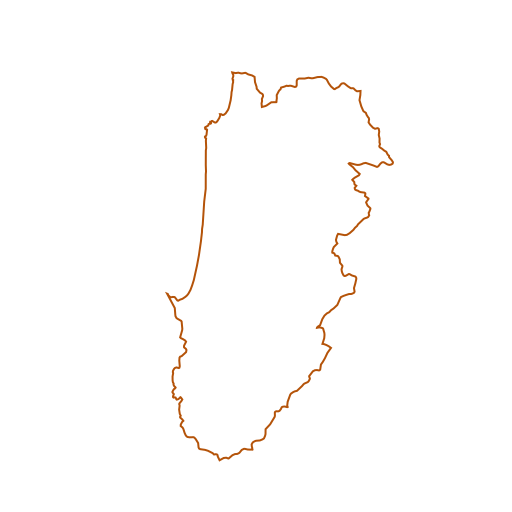 the district of Hoai Nhon, Bình Định, Vietnam, rotated 210°
{"feature_id": "81297802B87599740731463", "entity_name": "Hoai Nhon", "entity_type": "district", "adm_level": 2, "iso_a3": "VNM", "parent_name": "Vietnam", "parent_adm1": "Bình Định", "projection": "albers", "projection_center": [109.03, 14.515], "detail": "fine", "context": "isolated", "style": "outline", "palette": "amber", "viewbox_px": 512, "rotation_deg": 210, "n_neighbors": 0, "source": "geoboundaries", "source_scale": "gbopen_adm2", "svg_char_len": 6086}
<svg xmlns="http://www.w3.org/2000/svg" viewBox="0 0 512 512"><g transform="rotate(210 256 256)"><path d="M145.1,213.9L147.9,214.2L150.6,214.1L153.0,213.7L154.5,213.1L155.8,218.9L157.2,221.9L158.3,223.5L161.6,226.7L162.3,226.8L164.0,226.4L165.6,225.8L167.3,224.3L167.4,224.6L167.1,225.8L165.9,228.1L167.0,234.5L166.9,238.6L165.9,241.8L164.5,243.9L163.9,246.6L162.6,249.3L161.1,254.3L161.9,261.7L161.9,262.9L160.2,265.3L158.4,267.4L156.5,269.5L154.3,270.9L153.4,272.1L152.7,273.3L152.8,274.4L155.1,277.2L156.3,282.0L157.7,286.4L158.6,287.5L159.7,287.9L163.2,287.1L165.9,287.1L166.6,286.8L168.2,284.0L168.9,283.2L169.5,282.9L170.5,283.0L172.7,284.4L174.1,285.7L175.3,287.3L175.9,290.1L176.4,290.8L179.9,292.1L181.8,295.0L184.0,296.5L185.2,296.9L187.6,296.0L189.3,297.3L190.2,297.4L191.5,297.0L191.8,297.3L192.3,298.3L192.9,300.8L193.1,302.7L191.8,307.5L193.5,308.5L194.8,309.9L195.9,314.1L196.0,316.2L189.6,318.4L187.9,319.7L186.3,322.6L184.7,327.4L184.4,329.9L183.5,332.6L183.5,334.4L181.3,342.0L180.6,343.0L179.1,344.7L178.4,345.8L178.3,347.8L179.3,348.8L180.0,349.8L180.0,351.1L180.5,354.1L181.0,354.6L184.6,355.4L187.4,357.4L187.5,358.1L187.1,361.7L187.3,362.0L191.6,362.4L192.4,364.6L192.8,365.0L193.8,365.1L197.4,363.6L198.8,363.4L200.4,363.5L202.1,363.1L203.3,363.1L203.9,363.5L204.6,364.3L204.2,367.0L205.9,367.2L206.7,367.5L207.9,369.2L210.7,370.1L210.5,371.0L209.7,373.1L207.2,377.4L207.2,378.9L212.7,380.0L216.4,381.4L221.0,382.1L221.9,382.4L221.7,383.0L221.3,383.4L215.2,385.0L213.5,385.7L212.0,386.7L210.5,388.3L209.3,390.0L207.5,391.5L199.5,393.1L195.9,393.6L195.4,394.0L194.9,395.1L194.4,398.3L193.6,400.2L192.6,400.9L191.6,401.1L188.2,401.0L186.5,401.4L185.7,401.8L184.6,402.9L183.9,404.2L184.0,405.0L184.3,405.7L186.3,406.8L189.8,408.0L190.3,408.3L190.9,409.3L192.6,409.6L195.3,411.4L197.6,411.4L200.5,411.9L203.0,412.0L203.7,412.3L204.2,412.8L204.5,414.9L205.8,416.0L207.7,419.5L210.2,422.2L211.5,425.4L213.3,427.5L214.2,427.6L214.8,427.4L216.5,425.7L218.8,425.6L222.9,426.8L225.3,428.0L226.4,430.9L227.3,431.9L228.5,432.3L230.9,433.6L232.4,434.9L235.2,435.1L235.8,435.4L239.6,438.2L244.3,442.7L246.1,447.5L248.0,451.2L250.8,449.2L252.6,449.2L255.2,449.9L255.9,449.8L257.2,449.0L258.0,448.7L261.3,448.9L265.6,449.6L266.5,449.4L267.8,448.4L268.3,447.3L268.7,444.4L269.1,443.4L270.4,441.6L271.2,439.9L271.9,439.6L275.7,440.3L279.2,441.8L282.7,444.0L284.0,444.4L286.7,444.3L288.8,443.9L292.2,441.7L295.5,438.5L296.7,437.7L299.7,436.6L302.6,434.0L307.5,431.2L308.5,429.6L308.3,428.0L306.1,424.2L305.9,422.9L306.8,421.8L310.5,421.0L311.7,420.5L313.3,419.2L314.6,418.8L316.1,416.9L318.5,414.4L318.1,412.5L318.5,411.6L318.7,410.2L318.5,405.7L316.8,403.0L315.8,400.5L315.3,399.7L315.3,399.4L319.6,396.8L322.0,391.8L322.8,390.6L325.4,388.0L327.5,390.9L328.2,393.2L329.4,394.9L329.8,397.9L330.1,398.4L330.7,399.1L331.5,399.5L334.2,399.5L339.0,401.2L340.1,402.8L343.8,406.1L346.8,410.4L349.7,410.4L353.5,409.4L356.5,409.4L357.0,409.2L359.3,407.2L360.2,406.7L363.0,405.9L365.1,404.2L368.4,403.1L367.7,402.4L366.2,401.5L365.5,400.2L365.0,397.7L364.7,397.4L363.7,397.0L363.7,396.3L363.3,396.0L362.7,395.1L362.2,393.2L359.7,387.7L359.1,385.7L357.7,382.8L355.8,378.1L353.6,370.7L353.3,368.4L353.6,364.3L354.5,362.1L355.4,361.4L357.1,361.4L358.1,360.8L357.5,360.3L357.2,359.5L356.8,357.2L356.9,353.6L357.2,352.0L357.8,351.3L358.5,351.0L361.4,351.1L361.8,350.8L362.1,349.8L362.8,349.4L362.7,349.0L361.4,348.7L361.3,348.4L361.5,347.8L362.5,347.2L363.0,346.5L362.6,345.1L363.5,343.6L363.6,343.1L364.3,342.5L364.3,341.5L363.3,340.6L362.6,340.7L362.2,341.1L361.5,340.9L359.5,336.3L359.3,335.1L359.9,334.0L359.8,333.6L359.2,333.0L358.0,332.9L357.0,330.7L353.1,324.6L352.2,322.3L345.0,309.7L341.5,304.1L340.4,301.7L333.1,289.0L328.1,277.3L317.8,256.5L316.2,252.4L314.7,249.6L311.0,241.1L305.8,228.1L302.2,217.9L297.8,204.0L296.6,198.6L295.8,193.9L295.7,189.6L296.0,187.5L296.7,185.4L298.3,182.1L299.9,180.3L301.1,178.3L302.0,178.2L305.6,179.7L306.3,179.6L307.7,178.9L308.5,178.1L309.7,177.5L312.3,178.1L313.4,179.0L314.1,178.9L300.3,170.3L296.6,164.9L295.6,163.6L293.8,162.5L292.9,162.4L288.3,162.4L287.6,162.0L283.4,156.1L282.8,154.7L281.0,147.6L279.9,147.3L277.7,147.5L275.1,147.4L273.7,146.8L273.5,142.6L273.2,141.8L272.7,141.0L272.2,140.8L270.4,140.6L269.2,139.8L268.5,137.8L270.3,132.2L271.4,130.8L271.4,129.7L270.1,127.0L267.1,122.7L266.7,121.9L266.5,120.8L267.0,120.3L269.2,119.7L270.2,118.5L270.5,117.4L270.5,115.2L270.0,113.9L269.2,113.2L268.0,109.9L266.1,106.7L265.1,105.4L264.7,105.0L263.6,104.4L263.2,103.5L262.7,103.0L261.7,102.4L260.1,102.0L259.8,101.8L259.9,100.8L260.4,100.0L260.6,98.2L260.4,96.4L259.9,96.0L258.1,95.3L257.8,93.5L257.5,92.6L257.1,92.2L256.4,92.2L255.8,92.9L254.9,93.2L253.9,92.6L253.4,92.1L252.8,92.0L251.7,93.2L251.1,94.9L250.9,95.9L250.3,95.9L248.1,94.9L248.1,93.0L248.6,90.2L248.5,89.4L247.6,88.6L247.1,87.7L245.8,84.6L243.1,81.2L241.3,80.0L241.3,78.7L240.9,78.2L238.1,77.6L236.5,76.9L237.0,75.3L236.9,72.5L236.2,71.1L233.8,70.7L232.3,69.8L229.5,67.2L227.4,65.7L226.0,65.1L224.9,65.0L222.8,65.8L219.6,67.8L218.6,67.9L216.7,67.3L212.6,65.1L210.1,61.6L209.1,60.8L207.8,60.8L203.3,62.6L200.2,63.3L195.0,63.6L193.1,63.1L191.8,64.2L190.7,64.6L189.7,64.3L188.8,63.2L185.4,60.9L183.0,64.9L181.0,66.4L178.7,66.8L178.4,67.1L176.8,71.7L175.2,73.9L173.2,75.3L172.2,76.8L171.9,77.6L171.4,80.9L170.1,82.9L169.3,83.4L166.3,84.3L162.3,86.5L162.4,86.9L163.0,87.2L163.4,88.0L164.5,89.1L165.6,90.7L165.6,92.7L165.3,93.6L164.3,95.2L163.6,96.0L160.4,98.2L158.7,100.4L157.9,102.0L158.2,104.7L158.7,106.5L161.1,110.8L159.6,117.3L159.4,126.1L159.8,127.2L161.4,129.8L161.5,130.6L160.9,131.6L158.9,132.7L158.2,133.7L157.9,135.9L158.1,137.7L157.9,138.3L157.2,139.1L155.9,140.0L153.4,140.7L153.1,141.1L154.2,142.1L155.7,145.6L157.0,153.0L156.9,154.3L155.8,156.6L154.8,158.1L153.1,159.7L151.1,166.4L150.7,168.7L150.3,169.7L148.1,172.7L147.8,174.1L147.9,176.3L148.2,177.0L149.4,177.9L149.9,178.5L149.1,184.6L147.8,186.6L146.2,187.7L144.2,188.4L143.8,188.9L143.6,189.7L145.5,194.5L145.2,197.5L145.2,202.0L145.7,207.8L145.1,213.9Z" fill="none" stroke="#b45309" stroke-width="2"/></g></svg>